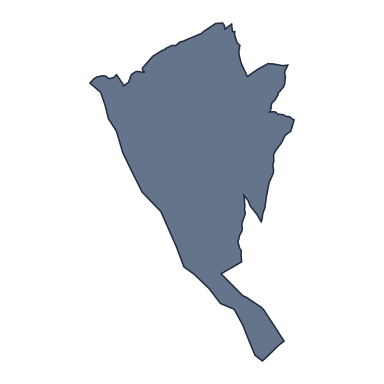 outline of Ga North Municipal, Greater Accra, Ghana
{"feature_id": "2480657B39319620746428", "entity_name": "Ga North Municipal", "entity_type": "district", "adm_level": 2, "iso_a3": "GHA", "parent_name": "Ghana", "parent_adm1": "Greater Accra", "projection": "albers", "projection_center": [-0.267, 5.712], "detail": "fine", "context": "isolated", "style": "filled", "palette": "slate", "viewbox_px": 384, "rotation_deg": 0, "n_neighbors": 0, "source": "geoboundaries", "source_scale": "gbopen_adm2", "svg_char_len": 3521}
<svg xmlns="http://www.w3.org/2000/svg" viewBox="0 0 384 384"><path d="M294.1,119.9L292.5,119.1L289.6,116.7L285.7,116.3L284.8,115.7L284.0,115.1L283.5,114.8L283.0,114.7L282.5,114.6L277.6,114.1L275.6,112.0L272.2,111.7L271.4,111.9L269.8,112.0L269.9,111.9L270.7,109.6L271.0,108.8L271.2,108.0L271.2,106.9L271.0,106.3L271.8,103.3L272.5,102.4L273.1,101.8L274.4,100.6L274.9,100.1L275.4,99.5L276.3,97.7L276.8,96.8L277.3,96.1L277.5,95.8L277.7,95.4L278.1,94.6L278.2,93.7L278.3,93.1L278.6,92.5L280.0,91.2L280.6,90.3L281.2,89.7L281.6,89.2L282.1,88.6L283.3,87.1L283.9,86.1L284.1,85.6L284.3,85.2L284.5,84.2L284.8,82.7L285.0,80.5L285.0,79.4L285.5,77.8L285.4,77.3L285.3,76.8L285.2,75.9L284.9,74.6L284.7,71.8L285.2,70.4L286.0,69.0L287.2,66.5L287.8,65.1L282.8,65.7L273.6,64.0L268.0,63.6L257.2,69.6L247.4,76.5L241.4,63.8L239.1,55.1L238.9,50.2L239.5,49.0L239.5,47.2L240.0,45.6L238.6,44.2L237.0,42.5L234.6,34.6L234.8,31.5L232.9,31.8L232.6,31.5L232.3,30.5L232.3,30.4L231.6,24.1L228.2,26.5L225.1,29.3L225.0,29.2L224.9,28.5L224.7,26.9L224.4,25.7L224.1,25.1L224.0,24.8L223.9,24.7L223.2,23.7L222.5,23.0L215.6,23.5L203.1,31.8L201.4,33.5L186.2,39.8L183.1,41.3L181.0,41.6L179.0,42.7L175.7,45.6L172.1,45.4L165.3,48.6L165.0,49.4L164.7,49.8L162.4,50.3L161.4,50.9L152.7,56.3L143.5,66.9L142.6,67.9L142.3,68.7L142.4,69.1L142.5,69.6L142.8,70.4L143.8,71.6L144.1,72.2L144.1,72.3L141.8,72.1L140.7,71.9L139.7,71.8L138.5,71.5L137.2,71.4L136.2,71.6L135.3,71.9L134.5,72.5L133.7,73.0L132.8,73.5L132.4,73.8L132.0,74.1L131.3,75.0L130.9,75.7L130.5,76.7L130.2,77.6L130.0,78.3L129.7,79.0L129.2,80.5L128.6,81.9L128.3,82.5L123.4,85.9L122.6,83.4L120.3,80.3L119.7,79.2L117.8,76.5L116.3,74.7L115.4,75.8L114.1,77.3L109.4,78.8L105.3,76.0L101.7,75.7L100.9,76.2L100.1,76.4L99.4,76.5L98.5,76.6L97.2,76.9L96.3,77.3L95.5,77.8L94.6,78.4L93.8,78.9L89.9,83.1L100.6,92.3L104.9,104.6L108.5,118.9L116.4,131.1L122.8,152.7L131.4,170.6L142.2,192.2L160.9,211.6L176.7,247.5L183.9,266.9L193.9,274.1L209.0,288.5L220.5,303.5L234.2,309.3L242.8,325.1L248.5,339.5L255.0,355.3L262.4,361.0L268.8,355.0L279.3,344.7L284.1,341.2L281.5,337.1L281.2,336.7L278.6,332.7L277.1,330.3L275.7,328.2L275.5,327.8L273.3,324.5L271.8,322.2L270.8,320.6L270.7,320.5L268.1,316.5L267.1,315.0L264.9,311.5L264.4,310.7L263.7,309.9L262.6,308.6L261.7,307.6L261.0,307.0L260.3,306.5L259.5,306.1L246.6,297.4L242.7,295.6L221.1,273.8L241.6,261.9L241.3,257.6L241.1,256.2L241.1,250.4L241.0,250.0L239.9,248.6L239.5,247.8L239.3,246.5L239.1,246.1L238.9,245.3L238.8,244.9L238.1,242.2L238.1,241.0L238.9,238.9L239.3,236.4L239.6,235.5L241.8,231.1L242.3,229.7L242.3,229.3L242.1,226.4L242.1,225.8L242.0,225.3L241.9,224.9L241.9,224.1L242.3,222.3L242.8,220.7L243.4,219.2L243.5,218.9L243.6,218.5L244.0,217.2L244.4,216.5L244.7,215.5L244.9,214.9L245.3,213.3L244.5,209.1L244.6,208.3L244.7,207.6L244.8,206.3L244.9,205.5L244.8,204.3L244.6,203.5L244.6,203.1L244.4,201.9L244.5,200.3L244.5,200.0L244.0,195.4L247.9,200.2L250.3,206.2L253.5,210.1L256.5,214.0L257.1,214.8L257.5,215.4L261.1,221.8L262.0,219.5L262.4,216.7L262.6,214.9L262.7,214.0L262.9,213.2L263.2,212.2L263.7,211.0L264.5,208.9L264.8,207.7L265.1,206.5L265.5,203.4L266.3,197.0L267.1,193.2L267.6,190.5L269.2,182.2L270.0,180.5L270.3,179.7L271.2,178.0L273.3,173.0L273.6,169.9L272.8,165.4L273.8,161.5L273.6,155.2L273.8,154.3L274.5,152.9L274.9,152.2L275.5,151.0L276.8,149.1L277.5,148.1L279.3,145.7L280.8,143.8L281.3,143.0L281.7,142.3L282.1,141.7L283.2,139.3L284.8,136.1L285.2,135.5L285.4,135.2L285.7,134.9L290.8,131.2L292.3,126.2L294.1,119.9Z" fill="#64748b" stroke="#1e293b" stroke-width="1.5"/></svg>